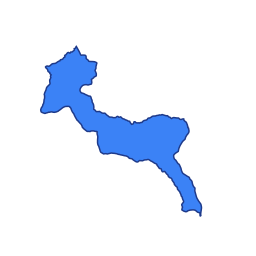 outline of Dungna, Chhukha, Bhutan, rotated 290°
{"feature_id": "84629894B53394150042816", "entity_name": "Dungna", "entity_type": "district", "adm_level": 2, "iso_a3": "BTN", "parent_name": "Bhutan", "parent_adm1": "Chhukha", "projection": "robinson", "projection_center": [89.368, 27.082], "detail": "fine", "context": "isolated", "style": "filled", "palette": "blue", "viewbox_px": 256, "rotation_deg": 290, "n_neighbors": 0, "source": "geoboundaries", "source_scale": "gbopen_adm2", "svg_char_len": 5846}
<svg xmlns="http://www.w3.org/2000/svg" viewBox="0 0 256 256"><g transform="rotate(290 128 128)"><path d="M69.5,206.6L69.2,207.8L69.0,208.5L69.0,210.5L69.1,211.0L69.6,211.9L70.5,212.4L71.0,213.0L72.0,214.3L73.1,216.6L73.4,217.3L73.7,219.0L73.5,220.0L72.9,221.5L72.7,222.4L72.7,222.9L72.9,224.2L72.7,224.7L70.5,225.6L70.1,225.9L70.1,226.1L70.6,226.4L71.1,226.1L72.8,225.5L77.7,224.5L78.8,224.1L80.8,222.9L81.5,222.3L83.6,219.2L85.6,216.8L86.9,215.7L91.7,212.3L94.4,211.5L95.4,209.7L96.2,208.8L97.4,207.8L99.8,206.3L100.7,204.8L101.2,203.6L102.5,202.5L102.7,201.9L102.9,200.4L103.6,197.3L104.0,195.5L104.3,194.9L104.7,194.3L106.3,192.8L108.3,191.5L110.9,189.0L111.4,188.4L111.5,187.6L111.9,186.8L114.1,183.9L114.5,182.7L114.9,182.0L116.5,180.8L117.9,180.3L118.7,180.3L120.5,181.2L123.2,183.2L126.2,182.8L128.9,182.9L130.1,183.1L133.6,183.8L135.1,184.4L136.8,185.4L139.3,185.3L141.8,185.8L142.6,186.2L143.4,186.3L144.2,186.6L144.7,186.6L146.0,186.4L148.3,185.1L148.7,184.8L148.8,184.1L149.9,183.7L150.2,183.3L151.1,182.8L153.2,180.9L153.6,180.1L153.7,179.4L154.7,177.6L155.5,177.4L155.5,176.8L154.9,175.9L154.1,174.9L154.0,174.4L154.0,173.6L154.5,172.6L154.6,172.0L154.6,171.7L154.2,170.8L154.0,169.9L153.5,167.5L153.0,166.7L151.8,165.7L151.8,165.2L152.4,164.0L152.4,162.2L153.0,161.2L153.0,160.6L152.7,160.1L152.5,159.1L152.3,155.5L152.0,155.1L151.5,154.6L150.9,152.8L150.3,152.2L149.7,150.9L148.5,149.4L148.2,148.4L147.5,147.1L147.0,146.6L146.3,146.3L145.5,145.5L144.8,145.0L144.5,144.1L144.0,143.5L143.5,143.3L142.8,143.2L141.9,142.7L140.5,140.5L139.2,139.6L138.0,139.2L137.3,137.7L136.8,137.4L136.6,137.1L136.6,136.5L136.2,135.7L135.7,134.0L135.7,133.6L136.2,132.9L136.2,132.5L136.1,131.9L135.9,131.6L135.6,131.5L134.6,131.6L133.8,131.5L133.3,131.0L132.7,130.3L133.2,129.2L133.9,128.2L134.8,127.3L134.8,127.0L134.8,126.6L134.6,126.1L134.6,125.6L134.9,124.3L134.8,122.6L135.1,121.7L135.0,120.9L135.0,119.5L135.8,117.9L135.9,117.3L135.9,117.1L135.3,116.5L135.0,115.7L135.4,114.6L135.3,114.1L135.1,113.8L134.7,113.5L133.6,112.9L133.4,112.4L132.9,111.3L132.7,110.5L132.7,109.2L132.0,107.1L132.1,106.2L132.7,104.7L132.9,103.7L133.9,101.6L134.0,101.1L133.9,100.9L133.4,99.7L133.2,98.6L133.8,95.4L133.2,94.4L133.0,93.7L132.6,92.9L132.6,92.4L133.5,91.0L133.8,89.5L135.0,89.0L135.9,88.8L138.0,87.7L139.1,86.7L140.1,85.5L141.8,84.7L142.9,83.6L143.7,83.0L144.1,82.8L144.7,82.2L145.0,81.4L144.6,80.4L144.6,79.6L144.8,79.1L144.8,78.3L145.0,75.8L145.2,75.1L145.2,73.3L145.1,73.0L145.1,72.4L145.2,71.7L146.2,70.5L146.6,70.3L147.1,69.8L148.8,69.7L150.2,69.9L152.2,70.7L152.6,71.0L153.6,72.1L154.3,73.5L154.5,74.0L154.6,75.1L155.0,76.2L155.7,77.0L156.6,78.4L157.0,78.6L158.4,78.4L158.9,78.2L159.4,77.8L159.7,77.8L161.2,77.0L162.4,77.9L163.6,78.6L164.4,78.8L165.7,80.1L166.3,80.3L168.1,79.7L169.0,79.0L170.7,77.4L171.1,77.3L172.9,77.5L175.1,76.8L176.1,76.8L176.9,76.6L178.0,76.6L178.5,76.4L178.7,75.9L178.8,75.0L178.8,73.8L178.4,72.2L177.5,69.5L177.3,68.4L178.2,67.2L178.7,65.4L179.2,64.8L180.6,64.3L181.5,63.6L181.7,63.0L181.5,61.8L180.9,60.1L180.5,59.5L180.4,59.0L180.7,58.4L183.1,56.0L187.0,51.5L186.8,51.4L185.0,51.3L184.8,51.1L184.2,50.3L182.9,50.9L182.4,50.8L181.6,50.2L180.6,49.7L180.1,49.0L179.9,48.3L179.3,48.0L178.6,47.9L178.4,47.5L178.6,46.3L178.5,46.0L178.2,45.6L177.5,45.2L176.7,45.0L175.9,44.7L175.4,44.5L174.9,43.9L174.2,43.8L173.6,44.3L173.1,44.4L172.2,43.6L170.2,43.0L169.0,41.2L168.1,41.1L167.8,41.0L167.4,40.4L166.4,39.5L164.0,37.8L162.7,35.3L162.1,34.6L159.7,33.3L158.9,32.5L158.6,30.7L157.7,29.8L157.1,29.6L156.3,30.5L156.0,31.5L155.2,32.6L154.1,33.3L153.8,33.6L153.5,34.5L153.4,35.4L152.4,36.0L151.9,37.1L151.6,37.6L151.0,37.4L150.1,37.5L149.6,37.7L149.1,38.2L147.3,38.2L146.9,38.1L146.3,38.0L144.4,38.8L143.4,39.5L142.6,39.5L142.3,39.5L139.4,38.1L138.5,37.8L137.7,37.7L135.7,37.9L132.8,37.7L130.9,37.8L130.1,38.4L128.5,39.1L127.3,39.4L126.7,39.5L125.7,39.5L124.4,39.9L122.0,40.3L121.2,40.0L119.5,40.2L118.4,40.0L117.4,39.7L115.6,39.7L115.1,39.8L113.5,40.8L113.2,42.0L113.2,43.2L113.2,44.6L113.6,45.5L114.0,45.8L115.0,47.3L115.7,48.0L115.9,48.7L116.8,50.2L117.1,50.9L117.2,52.2L117.6,53.6L118.0,54.1L118.3,54.8L119.7,56.4L120.0,56.7L120.7,57.0L121.4,57.6L123.3,58.8L124.8,59.7L126.6,61.4L127.4,63.1L127.9,64.4L128.1,65.2L128.1,65.7L127.7,66.2L127.7,66.5L126.8,67.8L126.0,68.3L124.3,70.0L123.6,70.9L122.9,72.1L121.5,73.4L120.1,74.9L117.9,77.5L117.7,78.5L117.0,79.3L116.8,80.1L116.0,81.4L115.5,82.6L114.3,84.0L113.2,84.7L113.0,85.1L112.8,85.4L112.1,86.8L110.9,90.4L110.9,90.9L111.0,91.4L111.3,92.0L111.7,93.6L112.5,94.2L113.4,96.3L113.5,96.8L113.7,98.7L114.0,99.5L113.8,100.4L112.8,100.6L111.4,101.3L110.2,102.2L109.2,102.7L106.6,103.4L103.8,104.4L102.5,105.1L101.6,105.8L100.9,106.7L96.6,110.0L95.9,110.8L95.7,111.8L95.3,113.9L96.1,115.4L96.4,116.3L96.5,117.4L98.8,120.9L99.1,122.4L99.6,124.2L100.0,126.6L99.9,127.8L100.2,128.9L100.2,129.8L100.6,132.4L100.7,133.8L101.1,135.9L101.0,137.2L100.8,138.0L100.1,139.3L100.0,139.9L100.4,142.2L100.3,142.6L99.8,143.8L99.1,146.7L99.1,148.0L99.2,148.3L99.7,149.0L101.3,149.9L101.5,150.3L101.6,151.1L101.8,151.6L102.2,152.9L103.6,154.4L103.9,155.0L104.4,156.2L105.2,157.4L105.4,158.1L105.4,158.7L104.8,160.8L104.7,162.4L104.3,163.7L104.0,165.3L104.0,166.4L103.7,167.6L103.2,167.8L102.8,168.2L102.0,169.6L101.0,170.8L100.8,171.6L100.7,171.9L101.0,172.6L101.0,172.9L100.8,173.2L100.3,173.7L99.7,174.0L99.1,174.6L98.7,175.3L98.7,175.6L98.8,175.8L99.6,176.9L99.6,177.6L98.0,180.1L97.6,181.4L96.1,182.7L95.8,183.7L95.6,184.0L95.7,185.3L95.3,186.2L94.8,187.0L94.0,187.3L92.0,190.2L90.7,191.0L90.4,191.7L90.0,192.3L89.7,192.9L89.1,194.6L87.5,195.4L86.8,196.5L85.7,198.5L84.9,199.1L83.7,200.4L82.3,201.3L81.8,202.2L81.5,202.6L80.5,203.2L79.6,203.9L78.3,205.3L77.2,205.5L75.6,204.9L74.4,204.7L73.8,205.0L72.3,206.3L71.8,206.3L71.3,206.3L69.5,206.6Z" fill="#3b82f6" stroke="#1e3a8a" stroke-width="1.5"/></g></svg>